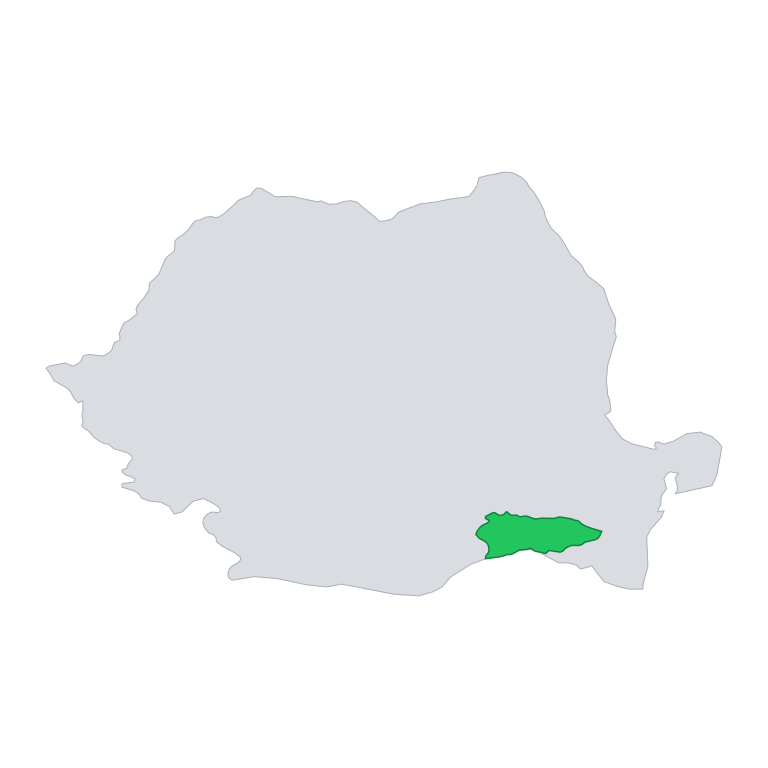 Calarasi on a map of Romania (Equal Earth projection)
{"feature_id": "ROU-129", "entity_name": "Calarasi", "entity_type": "County", "adm_level": 1, "iso_a3": "ROU", "parent_name": "Romania", "parent_adm1": "", "projection": "equal_earth", "projection_center": [26.943, 44.314], "detail": "fine", "context": "in_parent", "style": "filled", "palette": "green", "viewbox_px": 768, "rotation_deg": 0, "n_neighbors": 0, "source": "natural_earth", "source_scale": "10m", "svg_char_len": 4770}
<svg xmlns="http://www.w3.org/2000/svg" viewBox="0 0 768 768"><path d="M614.7,429.2L622.3,438.8L631.9,443.9L654.2,449.3L656.1,448.7L656.3,447.6L654.8,446.2L654.5,444.4L655.6,442.2L658.6,442.1L663.7,444.1L673.2,441.3L687.2,433.6L700.0,432.1L711.9,436.6L718.0,441.9L721.9,446.9L720.8,453.1L720.1,457.0L717.3,473.0L715.2,479.0L711.8,485.7L675.3,493.7L677.6,489.8L676.7,483.1L675.1,478.0L678.4,473.4L670.2,471.7L666.6,474.3L663.9,478.7L666.5,488.8L662.5,494.4L661.0,497.6L660.9,505.0L658.6,508.2L658.1,511.7L664.0,510.8L661.4,517.2L650.5,529.6L646.7,537.0L647.9,566.3L643.2,583.8L642.8,589.0L631.1,589.2L627.6,588.8L616.5,586.2L604.0,581.5L596.6,572.4L591.9,565.9L581.3,568.9L579.3,568.1L576.4,565.0L568.5,562.9L558.7,562.8L536.6,551.0L534.2,549.0L516.9,551.0L490.9,556.8L471.1,564.1L450.6,576.9L442.3,586.7L432.6,591.9L418.9,595.8L394.4,594.3L369.0,589.4L341.7,584.1L326.9,587.0L306.9,584.9L276.8,578.5L254.4,576.6L232.2,580.3L228.5,577.5L227.8,574.3L228.8,569.7L232.0,566.0L237.4,563.2L240.3,560.3L240.6,557.4L234.7,552.8L222.5,546.4L217.6,542.4L216.3,541.4L216.1,537.8L213.6,535.0L208.9,533.0L205.3,529.2L202.8,523.8L203.5,518.8L207.3,514.0L212.1,512.0L217.9,512.6L220.4,511.3L219.5,507.9L213.9,503.7L203.6,498.5L193.0,501.3L181.9,512.1L174.1,513.9L169.5,506.6L161.2,502.3L149.0,500.9L141.6,498.1L138.9,493.9L133.7,490.7L122.1,487.2L122.0,484.0L123.9,483.2L128.1,482.9L133.7,482.2L134.7,480.3L134.8,478.6L130.4,476.5L126.0,475.0L123.8,473.6L122.3,471.9L122.1,470.2L123.4,469.1L125.2,469.0L127.0,468.0L128.1,464.1L130.6,460.8L132.4,459.7L132.3,457.3L130.6,455.1L128.2,453.2L124.7,452.0L113.7,448.6L108.2,443.9L104.8,443.8L99.4,441.2L93.6,437.1L88.8,431.3L83.4,427.6L82.0,426.0L81.9,424.6L83.0,423.0L83.0,421.2L81.8,415.6L83.0,409.6L82.9,404.0L82.9,401.5L81.9,400.7L80.9,401.5L79.5,402.6L78.2,402.8L74.3,398.7L69.5,390.4L66.1,387.6L59.5,383.8L53.9,380.6L50.1,373.7L46.1,368.4L49.0,366.1L65.3,363.0L72.7,366.1L76.1,364.9L79.5,362.4L81.4,360.5L81.8,358.3L83.5,355.7L89.0,354.4L103.4,356.1L109.3,352.4L111.6,350.3L113.0,345.9L114.7,342.3L119.9,340.4L119.9,337.2L119.2,333.6L122.5,325.7L124.4,322.5L127.4,321.3L131.0,318.8L137.3,313.7L136.0,309.2L137.3,305.8L144.0,297.7L149.0,289.9L149.1,286.0L149.9,282.6L154.3,278.9L158.9,274.1L165.3,258.9L167.5,256.4L171.5,253.5L174.5,250.6L175.1,240.7L177.9,237.8L183.2,234.6L188.5,229.5L192.8,223.4L196.1,220.5L200.5,219.8L205.2,217.4L210.4,216.5L215.4,217.6L218.6,217.0L223.5,214.1L236.1,202.9L237.9,200.7L240.5,199.2L250.5,195.3L253.2,191.5L256.7,188.1L261.1,188.3L275.3,196.8L290.9,196.3L293.7,196.6L294.6,196.8L296.5,197.5L317.0,201.7L320.2,201.3L321.1,200.9L329.3,204.4L336.6,203.9L343.6,201.5L350.9,200.7L357.5,202.2L362.5,207.1L375.6,217.5L379.4,221.4L385.5,220.9L392.2,218.9L399.0,211.9L419.8,204.0L435.6,202.0L451.1,198.9L468.9,196.6L474.1,190.1L477.0,185.7L479.0,177.6L488.6,175.2L497.8,173.6L501.0,172.5L507.7,172.2L512.8,172.9L520.8,176.9L526.4,182.0L528.6,186.0L533.4,191.6L538.4,199.6L544.0,210.2L545.2,215.6L547.3,221.4L551.5,228.5L559.4,236.3L560.6,237.8L564.2,243.4L571.1,255.6L577.0,260.6L582.1,265.9L584.5,271.3L588.2,276.2L596.7,282.7L603.7,288.6L609.4,305.6L613.3,313.5L615.8,319.5L614.7,331.6L616.3,336.8L613.2,346.4L607.6,365.6L606.3,380.9L607.3,389.2L607.5,394.5L608.9,397.9L610.5,404.9L610.8,411.0L608.7,412.7L605.8,414.2L604.7,415.4L607.4,418.2L611.1,423.3L614.7,429.2Z" fill="#d9dde1" stroke="#a8b0b8" stroke-width="1"/><path d="M544.3,553.4L542.7,552.6L535.1,551.2L529.9,548.1L528.0,549.2L519.5,550.0L512.7,553.8L510.1,554.6L506.8,554.6L506.0,554.8L504.5,555.6L503.9,555.8L502.4,556.0L500.0,556.8L485.6,558.7L485.5,557.4L485.7,556.5L486.3,555.3L488.4,552.5L488.8,551.2L489.0,549.6L488.8,547.3L488.2,545.3L487.3,543.5L485.6,541.8L479.2,538.2L475.9,534.5L476.7,532.1L478.5,529.3L480.4,527.0L481.7,525.9L483.0,525.0L487.3,523.1L488.2,522.3L488.7,521.5L488.9,520.8L488.9,520.3L488.5,519.9L487.1,519.5L486.1,518.9L485.4,518.2L485.5,517.0L485.8,516.4L487.1,515.6L492.8,512.8L494.0,512.6L495.0,512.8L496.0,513.4L498.3,514.9L499.2,515.3L500.2,515.4L501.4,515.2L503.2,514.7L503.9,514.3L504.5,513.8L505.6,512.4L506.1,512.0L506.7,511.9L507.4,512.1L509.7,514.3L510.9,514.9L512.3,515.3L514.1,515.3L515.2,515.1L516.3,515.1L517.1,515.3L519.3,516.5L520.6,516.8L524.8,516.0L526.2,516.1L527.9,516.5L533.2,518.5L534.9,518.9L537.1,518.9L541.3,518.2L554.1,518.4L555.4,518.1L557.5,517.3L559.3,517.1L561.5,517.2L571.5,518.9L573.6,519.9L577.6,520.7L578.5,521.1L579.6,522.0L581.2,523.6L584.2,525.5L590.8,528.1L601.7,531.4L599.6,536.1L597.8,538.4L595.3,539.7L584.9,542.2L582.3,544.2L580.8,545.0L577.9,545.5L571.8,545.4L569.0,546.4L565.2,548.5L564.5,549.2L564.0,550.1L562.7,551.0L561.2,551.8L560.0,552.1L549.0,550.5L548.0,551.3L547.1,552.1L546.2,553.3L546.0,553.2L544.3,553.4Z" fill="#22c55e" stroke="#15803d" stroke-width="1.5"/></svg>